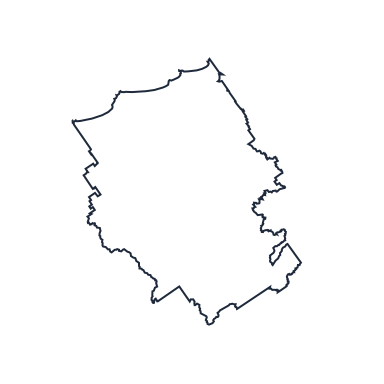 outline of Port Macquarie-Hastings, New South Wales, Australia, rotated 226°
{"feature_id": "25037944B90970778714828", "entity_name": "Port Macquarie-Hastings", "entity_type": "district", "adm_level": 2, "iso_a3": "AUS", "parent_name": "Australia", "parent_adm1": "New South Wales", "projection": "mercator", "projection_center": [152.45, -31.421], "detail": "fine", "context": "isolated", "style": "outline", "palette": "slate", "viewbox_px": 384, "rotation_deg": 226, "n_neighbors": 0, "source": "geoboundaries", "source_scale": "gbopen_adm2", "svg_char_len": 5996}
<svg xmlns="http://www.w3.org/2000/svg" viewBox="0 0 384 384"><g transform="rotate(226 192 192)"><path d="M142.5,87.9L141.2,88.0L140.4,87.1L139.1,87.0L138.7,87.6L140.7,90.4L140.5,91.8L137.8,91.1L137.7,91.5L137.1,91.5L132.9,117.2L114.8,114.3L115.6,116.5L113.9,118.3L111.3,117.7L110.4,116.4L108.8,115.3L108.4,115.7L108.2,118.1L105.7,118.9L103.9,117.0L102.5,116.9L101.6,115.4L100.4,115.4L98.7,114.0L92.7,116.0L91.6,115.6L90.3,113.0L88.7,113.1L88.3,112.3L87.3,112.4L86.3,111.5L84.8,112.1L83.4,115.6L83.7,117.8L85.0,118.2L85.4,119.4L85.0,121.4L85.3,122.7L84.3,123.6L84.1,124.3L85.0,125.6L87.3,126.4L87.1,128.3L87.4,129.9L84.9,139.6L85.1,141.1L83.5,143.5L81.9,144.3L81.0,145.4L79.8,143.5L79.1,143.4L78.3,144.0L76.6,143.1L69.5,182.2L69.1,181.6L69.2,180.9L68.7,180.5L67.4,181.8L65.9,181.7L64.0,183.8L63.3,184.0L62.9,185.0L62.2,184.7L61.9,185.5L61.0,185.8L60.6,185.6L60.7,184.5L60.3,184.0L59.6,187.7L58.5,194.6L59.3,195.0L59.2,195.9L59.6,196.0L59.3,197.8L60.4,199.2L61.0,198.6L62.5,200.2L62.9,199.9L63.6,200.7L64.6,201.0L65.4,201.6L66.1,203.8L65.5,205.0L64.8,204.7L63.8,205.8L64.1,206.8L63.6,207.1L64.0,209.1L63.4,209.7L64.5,210.2L64.0,211.9L65.1,213.2L64.3,213.7L64.8,214.4L64.4,215.5L65.9,217.5L64.7,218.6L65.3,219.7L65.5,221.3L88.3,224.6L88.7,223.4L88.1,221.2L88.8,218.8L88.3,216.8L87.2,215.7L86.9,212.8L85.4,211.7L85.4,210.0L84.4,208.0L84.6,204.3L83.4,199.3L84.3,199.3L85.5,200.2L87.4,199.8L88.3,200.3L89.3,201.9L90.6,202.3L90.9,203.1L92.1,203.9L91.6,208.5L92.2,210.1L92.9,210.8L95.3,211.6L95.2,214.3L94.0,215.4L93.9,217.5L93.4,217.8L93.6,220.3L93.1,220.8L93.6,221.6L92.9,222.7L92.9,224.5L92.5,225.4L93.3,225.7L93.7,226.7L96.2,228.0L96.1,229.0L97.3,229.8L97.0,230.4L98.3,231.9L99.1,231.7L100.5,232.5L101.7,231.8L101.7,231.2L102.7,230.2L102.4,229.2L101.7,228.8L101.9,228.3L102.5,228.3L102.3,227.8L102.9,226.2L103.8,225.2L103.6,223.9L102.9,223.7L103.6,223.5L103.1,222.9L103.9,221.3L104.6,221.0L105.7,221.8L107.5,222.1L109.4,221.4L109.8,221.8L110.3,220.4L110.9,220.4L110.8,219.8L111.2,219.8L111.3,220.3L112.0,220.2L113.6,218.1L114.5,215.9L113.9,215.2L114.8,214.4L115.9,215.2L116.6,215.0L117.1,215.9L118.0,216.1L119.0,218.3L119.6,218.4L119.2,219.8L119.6,221.2L120.4,221.2L122.6,224.8L121.8,226.0L122.6,227.0L123.8,226.0L124.6,225.9L124.9,225.3L125.8,225.9L126.3,227.1L126.9,227.1L129.7,223.2L132.8,223.4L134.2,223.0L136.6,223.3L138.2,224.1L137.4,225.0L137.8,226.1L137.3,227.2L140.5,227.3L140.2,228.5L141.2,229.2L139.6,230.6L138.6,230.5L137.2,232.4L137.2,232.9L139.2,234.9L140.2,235.1L139.7,235.7L140.5,236.3L140.1,236.9L139.0,236.8L137.6,237.7L140.4,238.5L140.0,239.5L140.4,241.4L139.2,242.3L140.7,242.9L139.8,243.5L140.0,244.2L142.4,244.9L140.9,247.5L138.6,247.3L137.7,248.8L136.3,249.1L136.6,250.8L134.9,253.2L133.6,253.0L133.2,253.6L133.1,257.1L131.5,259.8L131.8,261.0L130.7,261.1L130.5,261.5L130.8,262.3L131.5,262.4L132.2,262.2L132.5,261.4L133.5,261.4L134.8,260.6L137.7,261.0L138.3,258.0L142.2,258.6L141.8,261.2L144.4,261.6L143.3,269.0L142.8,270.1L143.5,270.8L145.1,271.3L145.6,270.8L146.1,271.4L146.6,270.8L148.6,270.1L150.3,270.7L152.0,270.2L153.2,270.7L153.0,271.7L155.8,272.2L154.8,275.3L156.9,275.5L157.4,276.2L157.9,275.9L159.3,276.4L159.9,275.2L159.5,273.9L159.7,273.2L161.8,271.5L162.8,271.5L163.1,268.8L165.1,269.2L165.0,269.8L167.1,270.2L167.0,270.9L168.7,271.2L168.8,270.6L170.2,270.8L170.4,269.5L171.9,268.6L173.6,269.5L174.9,269.2L175.4,267.7L176.2,266.9L178.9,267.6L180.5,266.4L183.7,267.0L187.3,265.8L186.3,272.4L186.9,273.9L197.2,275.4L196.9,277.4L199.1,277.8L200.1,278.2L200.0,278.6L203.3,278.7L203.0,280.5L206.2,281.2L206.0,282.3L209.0,282.6L208.9,283.5L214.3,284.4L214.1,285.7L215.9,286.0L216.0,284.9L217.8,285.1L217.9,284.8L224.0,285.3L227.1,285.8L227.0,286.4L236.8,287.9L239.1,288.7L240.3,287.7L240.8,288.0L240.8,288.9L251.1,290.6L252.4,288.3L253.6,287.6L253.5,288.6L254.2,290.3L256.4,292.5L257.9,293.2L255.2,295.7L258.2,295.1L258.6,294.5L275.3,297.0L275.0,296.3L275.5,296.2L275.4,295.6L273.9,293.9L274.4,293.6L272.7,293.2L272.0,291.6L272.1,289.3L273.6,284.7L276.2,279.9L281.4,273.1L284.2,269.9L285.8,269.6L286.3,268.4L286.7,268.6L287.3,267.7L288.5,267.2L288.1,266.8L286.4,267.5L285.1,266.5L285.2,265.5L284.2,264.9L283.9,263.0L284.1,261.1L285.7,256.5L286.6,254.5L288.1,253.6L288.0,252.4L285.7,249.4L286.1,247.1L287.3,243.8L291.5,235.8L296.5,228.9L305.6,218.2L310.3,213.7L310.7,212.8L312.9,210.7L314.3,210.6L314.4,209.2L313.6,208.6L313.2,207.6L313.6,205.1L314.0,204.9L312.9,204.4L312.3,202.5L313.0,200.8L312.0,200.5L311.1,199.3L310.2,194.9L308.9,194.5L307.5,192.7L307.7,187.3L309.7,180.6L314.2,171.2L320.7,161.0L323.0,158.2L323.6,157.9L324.3,158.1L324.3,156.8L324.8,155.4L325.4,155.5L325.1,155.1L325.5,155.0L324.6,154.2L323.6,154.7L322.7,153.9L292.9,149.0L292.5,147.3L292.8,146.2L289.3,145.6L289.6,146.2L289.3,146.2L278.3,144.4L278.2,144.0L278.8,143.8L278.3,142.6L278.2,140.1L281.0,140.6L282.6,131.6L278.5,130.9L279.2,130.0L278.8,128.6L279.3,125.7L263.2,122.8L263.1,123.8L262.6,123.8L262.4,125.0L262.9,125.1L262.8,125.9L253.7,124.4L254.4,121.2L258.7,121.6L259.9,114.4L256.3,113.8L256.6,111.9L252.5,111.2L253.0,108.1L250.4,107.6L250.0,110.2L246.6,109.6L247.6,103.7L246.0,104.4L246.9,99.7L244.7,99.6L242.9,96.2L242.0,95.7L241.7,96.5L239.3,96.0L239.1,97.2L238.6,97.4L238.7,98.8L237.8,99.1L237.2,100.3L236.5,100.1L235.7,98.8L234.1,99.6L232.5,98.9L230.1,100.7L227.5,99.1L226.6,97.0L225.0,95.2L224.0,95.4L222.9,94.3L221.5,93.9L219.9,94.4L218.4,92.4L217.4,92.3L215.6,90.4L214.5,90.2L212.4,91.7L209.1,91.7L208.1,92.9L206.0,91.8L204.4,92.2L204.1,96.3L203.0,97.5L202.9,98.5L201.2,99.4L200.4,98.6L198.5,99.8L198.4,102.6L198.0,103.5L193.8,104.1L192.2,105.0L190.5,105.2L188.3,103.6L185.6,104.2L183.8,105.3L181.0,104.0L177.9,104.7L175.5,102.4L174.5,102.4L173.5,101.1L171.8,102.5L170.8,102.2L169.6,102.8L166.8,102.0L164.6,103.4L162.9,103.0L161.1,104.4L159.0,103.6L158.0,104.1L156.7,104.0L155.4,104.9L154.0,104.1L153.3,104.9L152.0,104.2L151.5,103.0L148.2,101.2L148.9,98.9L147.5,95.9L148.0,94.5L145.3,91.7L144.4,91.3L144.0,89.6L142.5,87.9Z" fill="none" stroke="#1e293b" stroke-width="2"/></g></svg>